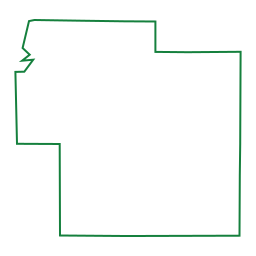 outline of Carroll, Indiana, United States of America
{"feature_id": "52423323B58725996367098", "entity_name": "Carroll", "entity_type": "district", "adm_level": 2, "iso_a3": "USA", "parent_name": "United States of America", "parent_adm1": "Indiana", "projection": "natural_earth1", "projection_center": [-86.613, 40.585], "detail": "fine", "context": "isolated", "style": "outline", "palette": "green", "viewbox_px": 256, "rotation_deg": 0, "n_neighbors": 0, "source": "geoboundaries", "source_scale": "gbopen_adm2", "svg_char_len": 387}
<svg xmlns="http://www.w3.org/2000/svg" viewBox="0 0 256 256"><path d="M123.6,21.3L80.3,20.7L34.4,20.0L29.0,21.1L22.6,48.0L29.7,54.7L22.1,60.7L33.2,59.7L24.3,71.7L15.4,71.9L17.0,143.8L59.7,144.0L60.0,235.5L124.1,236.0L133.9,236.0L239.5,235.7L239.8,175.0L240.2,144.3L240.6,51.8L187.6,52.2L155.4,51.9L155.4,34.4L155.4,21.5L123.6,21.3Z" fill="none" stroke="#15803d" stroke-width="2"/></svg>